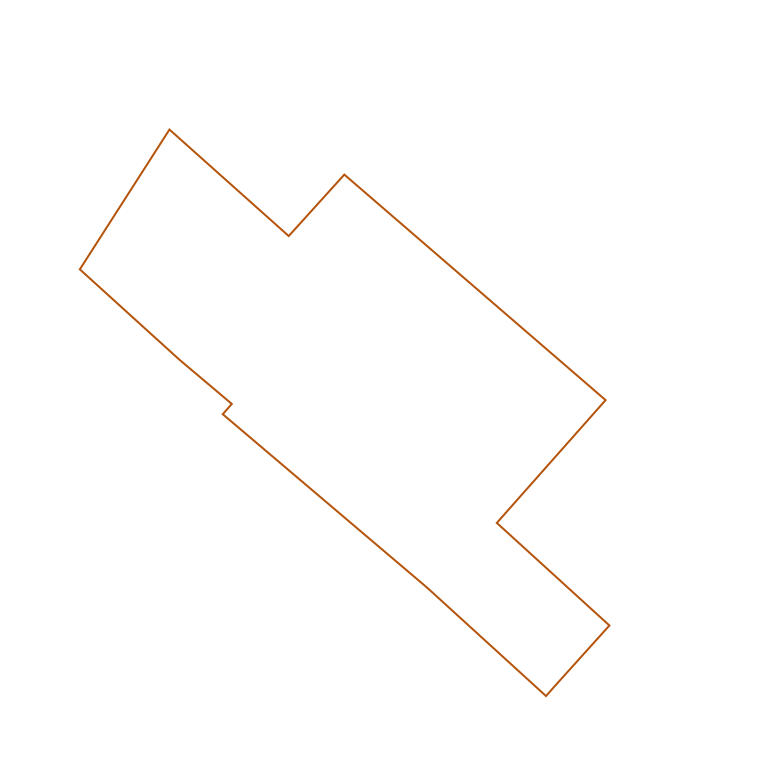 the district of Audrain, Missouri, United States of America, rotated 220°
{"feature_id": "52423323B81117065692480", "entity_name": "Audrain", "entity_type": "district", "adm_level": 2, "iso_a3": "USA", "parent_name": "United States of America", "parent_adm1": "Missouri", "projection": "mercator", "projection_center": [-91.909, 39.203], "detail": "fine", "context": "isolated", "style": "outline", "palette": "amber", "viewbox_px": 768, "rotation_deg": 220, "n_neighbors": 0, "source": "geoboundaries", "source_scale": "gbopen_adm2", "svg_char_len": 330}
<svg xmlns="http://www.w3.org/2000/svg" viewBox="0 0 768 768"><g transform="rotate(220 384 384)"><path d="M59.3,249.1L59.0,262.1L56.1,343.9L208.3,350.1L203.9,514.1L549.0,518.9L552.1,436.1L711.9,441.0L690.7,276.3L556.3,271.1L487.8,270.9L488.1,257.2L219.9,255.7L59.3,249.1Z" fill="none" stroke="#b45309" stroke-width="2"/></g></svg>